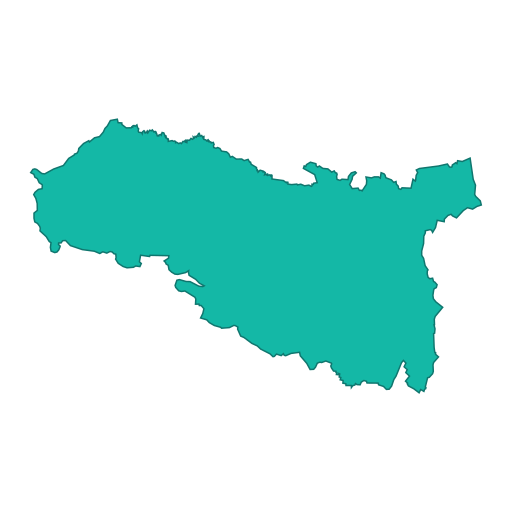 outline of Photharam, Ratchaburi, Thailand
{"feature_id": "78962969B60761780399877", "entity_name": "Photharam", "entity_type": "district", "adm_level": 2, "iso_a3": "THA", "parent_name": "Thailand", "parent_adm1": "Ratchaburi", "projection": "equal_earth", "projection_center": [99.741, 13.703], "detail": "fine", "context": "isolated", "style": "filled", "palette": "teal", "viewbox_px": 512, "rotation_deg": 0, "n_neighbors": 0, "source": "geoboundaries", "source_scale": "gbopen_adm2", "svg_char_len": 6074}
<svg xmlns="http://www.w3.org/2000/svg" viewBox="0 0 512 512"><path d="M110.4,120.5L107.3,126.0L105.0,128.4L103.3,132.1L99.5,136.6L94.5,137.8L89.4,142.0L88.8,140.7L83.6,143.5L78.8,148.4L78.3,151.2L76.9,153.3L74.5,154.1L74.2,155.0L68.7,158.4L63.4,165.5L53.7,169.0L44.7,173.9L41.8,173.5L36.7,169.5L34.8,168.9L32.9,169.4L30.7,172.6L33.9,174.3L34.9,177.2L37.3,178.6L39.2,182.7L42.1,184.6L42.3,185.4L42.1,188.7L38.4,189.4L35.0,192.3L33.7,194.6L35.9,198.5L37.2,203.5L37.3,210.4L34.0,213.1L34.0,218.3L34.8,221.9L37.5,223.4L39.6,226.2L40.3,228.1L40.0,230.9L46.3,236.7L49.2,241.5L51.0,242.7L50.4,247.4L51.1,251.1L54.8,252.6L57.0,252.0L58.8,249.8L60.1,246.6L60.0,245.8L58.5,244.6L58.6,243.0L61.1,242.9L62.6,240.7L65.6,240.5L70.4,245.6L82.3,249.6L94.3,251.2L99.8,253.5L102.8,251.8L106.8,253.1L110.0,251.5L112.2,252.0L114.0,253.8L115.8,254.1L116.1,257.6L115.6,259.1L118.2,263.3L123.1,266.5L127.0,267.8L133.4,267.3L135.7,266.0L139.9,266.6L141.3,263.5L139.4,261.8L140.6,255.2L149.6,256.5L150.0,255.3L168.8,255.7L168.5,258.2L164.1,261.0L165.6,262.5L166.1,264.0L168.2,265.3L169.0,269.7L171.7,272.2L174.9,274.1L177.8,274.4L185.6,272.6L188.6,270.7L188.4,272.2L189.1,275.3L195.8,279.4L199.4,283.2L204.2,285.8L202.8,286.6L198.9,286.2L190.0,281.6L186.1,281.5L179.4,279.6L176.9,280.2L175.1,285.4L175.7,287.4L178.7,290.8L181.4,291.5L184.9,291.0L194.9,297.2L195.8,299.0L195.5,304.2L199.0,304.1L199.3,305.5L201.2,305.5L203.9,308.7L202.8,313.5L200.6,318.0L206.7,319.8L209.3,322.6L214.3,325.5L220.7,327.3L221.5,328.2L229.4,327.6L233.8,325.4L235.3,325.6L237.9,327.1L237.6,329.1L240.7,336.1L244.0,337.5L251.9,343.4L257.3,345.9L260.7,349.1L270.0,353.8L273.0,356.7L274.3,356.4L276.5,354.1L281.2,355.6L283.4,353.7L284.2,355.3L285.7,355.7L291.1,353.4L299.6,352.3L300.3,355.8L306.8,363.4L310.1,369.5L313.7,369.3L315.5,367.2L317.3,363.2L319.8,362.2L321.7,362.5L325.8,361.0L331.3,363.1L331.7,363.8L330.8,366.0L331.4,367.8L333.5,371.0L336.0,371.3L336.0,372.5L336.8,372.8L336.4,374.5L338.5,374.7L338.8,373.5L339.7,373.9L339.2,377.0L340.8,377.5L340.2,379.8L343.1,380.5L342.9,383.2L345.8,383.7L346.0,385.5L351.3,385.5L351.4,387.5L352.7,385.7L354.9,385.0L355.5,383.6L357.0,384.6L360.1,384.8L361.3,382.1L363.9,380.5L366.5,381.3L367.0,383.0L378.1,383.1L378.6,384.8L383.5,386.4L386.4,389.4L389.2,389.2L391.6,386.1L393.8,379.6L396.0,376.2L401.5,362.7L403.4,360.4L405.9,363.1L404.1,366.8L407.2,369.6L405.8,372.6L409.5,376.1L405.5,381.2L407.6,383.1L407.2,383.7L408.4,385.9L413.7,388.7L419.1,392.8L420.7,389.5L423.9,391.4L424.6,389.2L425.7,388.7L425.9,387.5L425.3,387.0L427.6,377.7L429.3,377.3L432.6,373.7L433.3,371.4L433.0,364.9L433.6,362.5L438.5,356.9L435.6,354.3L435.6,352.6L434.8,352.5L434.1,347.3L433.6,333.6L434.6,333.2L435.0,328.8L434.0,324.8L434.5,324.7L434.3,319.2L435.2,316.4L442.7,307.3L435.9,301.9L433.4,298.8L432.9,295.4L433.7,289.9L434.2,288.7L436.3,287.6L437.1,284.7L434.7,282.0L433.6,281.6L432.6,278.2L429.8,278.7L428.1,277.4L427.2,273.8L427.3,271.0L428.0,269.9L425.1,265.6L423.6,258.4L421.7,255.3L421.7,251.0L423.6,243.5L423.8,236.2L425.3,232.9L425.3,230.8L430.1,229.6L431.6,230.3L432.6,232.4L435.5,227.6L437.2,220.3L444.2,221.7L444.4,219.1L448.0,215.4L451.1,214.3L452.5,215.9L456.5,217.9L463.4,210.5L467.5,207.7L472.6,209.1L477.0,206.4L481.3,205.0L480.3,200.9L475.7,196.4L474.7,194.5L475.5,185.2L473.2,179.3L470.1,158.1L462.3,161.5L457.6,160.7L456.9,163.6L455.7,162.7L452.3,165.0L452.0,166.8L451.1,167.2L449.5,167.0L447.4,164.0L438.6,166.0L419.4,168.5L416.3,170.0L417.7,172.6L416.2,175.3L415.6,180.4L415.3,181.1L413.0,179.2L411.0,188.2L402.0,187.8L400.8,189.4L398.6,188.6L398.2,186.1L396.4,184.2L396.0,181.5L393.7,182.4L391.4,179.9L385.8,177.7L385.1,175.2L384.0,173.8L381.1,172.7L380.3,178.1L378.5,176.9L374.2,176.9L371.5,177.9L366.0,177.0L366.7,180.8L366.4,184.4L362.1,190.9L361.1,190.2L359.4,190.4L358.1,188.1L352.2,188.6L349.6,184.5L352.1,179.3L352.6,176.3L356.3,172.9L355.1,171.7L351.3,172.9L348.5,176.4L348.0,179.6L341.9,179.2L340.1,180.4L337.0,179.4L336.6,176.6L337.1,174.3L336.6,173.0L335.5,172.9L334.2,170.9L331.7,172.1L327.9,168.9L322.8,168.4L319.4,166.0L317.6,167.1L316.2,165.9L315.9,163.7L310.4,162.2L306.5,164.6L305.7,166.5L304.2,165.9L303.4,168.4L314.7,174.6L317.2,182.7L313.7,183.2L313.3,184.4L312.0,184.2L312.0,185.9L311.3,186.4L308.9,185.1L304.6,185.8L300.8,184.2L297.5,184.9L296.9,184.1L291.6,184.6L287.9,184.1L287.9,182.3L286.7,182.1L286.3,182.7L283.5,180.6L272.0,179.0L272.0,175.3L271.1,174.9L270.7,175.9L269.6,174.9L268.1,175.2L267.6,174.0L267.0,174.1L266.9,175.1L265.9,174.3L264.6,174.8L265.3,172.6L263.7,171.4L263.2,171.8L263.1,171.1L260.1,170.2L258.1,172.1L257.8,170.7L257.0,170.6L257.3,169.7L256.3,168.4L256.5,167.5L251.2,164.3L250.5,162.1L249.6,162.1L248.1,159.4L244.1,160.6L241.7,159.0L236.3,159.1L232.3,156.4L230.4,157.2L228.7,153.7L226.6,151.9L221.5,151.1L219.9,148.5L217.6,147.5L216.0,148.3L213.7,147.5L213.5,145.5L214.1,144.5L213.3,142.4L211.2,142.9L210.8,141.9L209.0,141.8L209.0,140.9L207.4,141.4L208.5,140.3L208.1,139.7L206.7,140.9L205.8,139.9L203.8,139.4L203.9,136.5L203.0,136.8L202.9,137.7L201.7,135.5L200.2,136.2L199.4,133.7L199.0,134.2L198.5,133.7L197.5,135.6L197.9,136.2L196.7,136.1L196.4,137.2L195.1,136.4L194.3,137.9L193.3,137.0L193.5,138.4L192.5,139.3L191.0,138.4L189.5,140.3L187.2,140.1L187.1,141.0L186.6,140.7L186.8,142.6L185.5,142.2L185.1,140.6L184.1,141.6L183.0,141.4L181.4,143.6L180.2,142.9L178.8,143.6L176.6,142.3L175.6,142.7L175.6,141.6L174.8,141.0L173.5,141.3L172.1,140.6L168.3,141.4L168.4,139.7L167.6,139.5L168.0,138.7L166.3,138.1L166.0,135.9L165.5,135.6L165.2,136.5L163.8,132.9L162.1,132.5L161.2,135.1L160.7,134.4L158.7,135.2L158.7,135.9L157.3,135.9L156.6,133.5L155.9,133.1L156.2,132.2L155.1,131.4L154.0,132.0L152.3,129.9L151.4,130.8L149.6,130.2L147.7,133.1L147.3,132.6L147.8,131.6L147.3,130.9L146.5,132.4L145.3,133.0L144.7,132.7L144.8,131.4L144.0,130.7L142.6,131.8L142.2,133.6L141.8,132.7L138.7,132.2L138.2,131.1L138.6,128.7L137.6,127.8L136.9,124.9L135.2,126.2L134.0,125.5L132.9,125.8L132.7,127.2L131.8,126.8L131.3,127.8L126.2,127.9L121.9,124.5L121.8,122.9L118.1,122.7L117.3,119.2L110.4,120.5Z" fill="#14b8a6" stroke="#0f766e" stroke-width="1.5"/></svg>